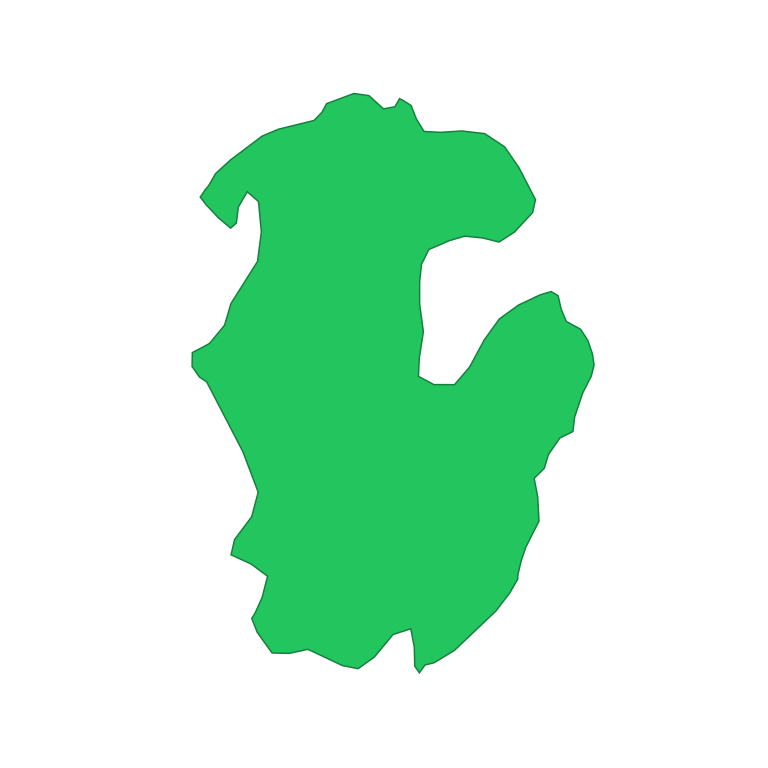 SVG path tracing the border of Boulkiemdé, rotated 339°
{"feature_id": "BFA-2812", "entity_name": "Boulkiemdé", "entity_type": "Province", "adm_level": 1, "iso_a3": "BFA", "parent_name": "Burkina Faso", "parent_adm1": "", "projection": "natural_earth1", "projection_center": [-2.108, 12.305], "detail": "fine", "context": "isolated", "style": "filled", "palette": "green", "viewbox_px": 768, "rotation_deg": 339, "n_neighbors": 0, "source": "natural_earth", "source_scale": "10m", "svg_char_len": 1503}
<svg xmlns="http://www.w3.org/2000/svg" viewBox="0 0 768 768"><g transform="rotate(339 384 384)"><path d="M296.7,183.5L289.0,169.7L282.1,152.7L279.4,143.7L286.9,138.4L291.4,136.0L302.2,127.2L321.0,119.8L359.0,108.9L376.8,108.3L413.1,112.9L423.6,108.0L430.9,101.7L460.0,102.0L473.3,109.4L482.1,126.9L493.5,129.1L500.8,123.2L503.7,126.4L509.1,133.7L509.2,148.2L511.9,162.6L526.9,169.3L547.2,175.6L567.8,186.4L581.6,205.8L587.5,230.3L591.5,266.2L584.2,277.2L560.1,289.0L542.3,292.7L528.6,283.1L512.4,274.9L496.4,273.6L474.1,274.5L461.9,285.7L453.9,301.4L445.9,322.2L439.5,349.3L426.0,372.9L418.9,389.2L430.3,402.4L449.6,409.9L469.9,398.9L493.5,378.7L515.2,364.5L538.0,358.5L561.7,356.7L573.1,357.6L578.2,363.9L576.2,377.9L576.7,391.0L587.2,403.4L589.9,416.2L589.4,430.3L586.9,441.6L580.3,451.0L566.6,463.3L550.3,482.9L543.3,496.1L528.9,497.4L512.2,508.8L503.5,520.1L490.4,525.9L487.1,544.2L479.6,567.5L457.9,587.2L448.9,598.0L440.4,610.4L439.0,614.0L426.7,624.0L407.0,636.1L354.4,657.9L330.8,662.2L321.7,661.0L313.5,666.3L311.6,658.4L318.0,640.5L321.3,622.1L302.7,621.1L277.1,635.5L257.8,640.5L244.2,631.9L217.9,604.4L198.9,601.5L183.1,595.0L176.7,570.6L176.5,555.5L181.5,551.7L193.5,539.9L206.4,521.8L195.4,504.4L180.0,488.7L188.7,475.7L212.9,460.5L227.8,439.9L228.0,396.6L219.2,318.5L214.2,311.4L211.1,298.9L216.3,286.0L235.7,283.6L256.2,272.0L270.0,254.0L309.9,224.2L324.0,198.1L332.2,168.7L325.2,155.5L311.4,166.7L303.8,180.9L296.7,183.5Z" fill="#22c55e" stroke="#15803d" stroke-width="1.5"/></g></svg>